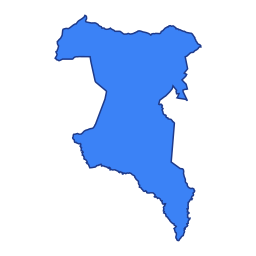 Chapadão do Sul, Mato Grosso do Sul, Brazil
{"feature_id": "56859067B12319003273376", "entity_name": "Chapadão do Sul", "entity_type": "district", "adm_level": 2, "iso_a3": "BRA", "parent_name": "Brazil", "parent_adm1": "Mato Grosso do Sul", "projection": "orthographic", "projection_center": [-52.689, -19.082], "detail": "fine", "context": "isolated", "style": "filled", "palette": "blue", "viewbox_px": 256, "rotation_deg": 0, "n_neighbors": 0, "source": "geoboundaries", "source_scale": "gbopen_adm2", "svg_char_len": 5798}
<svg xmlns="http://www.w3.org/2000/svg" viewBox="0 0 256 256"><path d="M177.5,240.4L178.7,240.6L179.2,240.1L179.5,239.4L180.2,238.5L180.9,237.8L181.3,236.9L182.2,236.1L183.3,235.5L183.7,233.5L184.3,232.4L184.5,231.5L184.1,230.5L184.5,229.6L184.2,228.8L184.7,228.1L185.2,228.6L185.4,227.4L186.6,226.7L187.3,226.1L187.7,225.3L187.2,224.7L186.9,223.8L188.2,223.3L188.1,222.0L188.2,221.1L188.8,220.3L189.1,219.5L189.9,218.9L190.0,218.2L188.9,218.4L188.2,217.8L187.6,217.4L187.8,216.7L187.5,216.0L187.7,215.2L187.5,214.2L188.4,213.7L189.1,213.0L188.4,212.2L187.3,211.9L187.7,210.8L187.1,208.8L188.2,208.8L188.2,206.1L188.0,205.3L188.2,204.1L188.2,202.4L188.9,202.0L190.2,199.8L190.8,199.6L191.8,199.7L192.3,198.8L191.2,198.2L191.7,197.5L191.8,196.6L192.4,195.9L193.3,195.6L193.5,194.7L193.0,193.1L194.3,191.9L194.7,190.9L194.1,190.3L194.0,189.2L193.3,188.7L192.7,188.3L190.7,188.5L189.3,187.9L188.3,187.1L187.4,185.8L187.1,183.7L185.7,182.5L185.4,181.8L185.3,181.0L185.4,180.0L185.2,179.0L184.2,176.5L183.5,173.5L183.7,171.6L183.6,170.7L183.4,169.9L183.0,169.2L182.3,168.8L180.1,168.5L171.2,162.0L174.4,123.1L173.9,122.4L173.2,121.8L172.6,121.6L172.4,120.9L171.0,119.4L168.1,118.8L168.0,118.0L166.3,117.4L166.0,116.6L166.1,115.7L165.6,115.0L164.6,115.0L163.3,113.8L162.7,111.2L162.3,110.5L162.1,109.8L162.6,109.3L163.0,108.6L161.7,107.2L162.4,105.9L161.9,104.9L161.3,104.9L161.1,104.2L160.3,104.2L159.4,104.6L158.7,104.2L159.8,100.2L164.7,96.5L165.6,96.0L169.6,92.0L172.1,88.9L172.4,88.2L173.0,85.9L176.6,90.3L176.1,91.2L176.6,93.8L178.2,93.7L179.0,93.6L177.5,97.2L177.0,97.8L178.4,98.2L185.0,99.2L186.0,99.6L187.4,100.7L183.1,91.8L183.0,90.1L185.0,89.3L186.4,89.3L187.4,89.0L186.1,84.2L183.4,81.5L182.0,79.9L185.7,76.3L186.7,74.4L184.2,73.1L187.6,68.8L185.2,56.8L186.9,56.1L190.4,52.9L191.3,52.5L193.0,52.4L193.8,51.9L194.5,51.0L195.4,50.4L196.5,49.9L198.2,48.5L198.6,47.6L199.8,46.8L200.8,47.0L200.8,45.8L199.9,44.8L198.1,44.0L197.6,43.5L196.6,41.7L195.9,40.9L195.5,39.5L194.7,38.4L194.8,37.5L194.2,36.9L192.3,34.0L191.1,33.2L190.4,33.2L186.3,32.4L184.4,31.3L183.5,31.3L181.7,30.6L179.7,29.6L178.7,29.7L178.0,28.9L175.9,28.7L175.9,27.8L174.2,26.7L173.5,26.0L172.3,26.0L171.5,26.3L170.5,25.7L169.1,25.8L168.2,26.9L167.3,26.8L166.8,27.4L166.0,27.7L165.2,28.1L162.9,30.6L161.2,31.5L160.9,32.6L160.4,33.2L159.7,33.6L155.7,33.4L154.7,33.7L153.1,33.6L151.7,34.0L151.1,34.9L150.5,35.0L150.0,34.3L148.2,33.3L146.2,32.6L143.0,31.9L140.7,31.1L139.6,30.9L138.0,31.0L137.5,31.6L136.2,32.0L135.4,32.7L134.5,32.8L133.8,33.3L132.1,33.8L130.1,34.1L128.2,33.4L126.8,34.0L124.5,34.1L123.5,33.9L120.4,31.5L119.5,31.3L115.4,31.3L114.7,31.1L114.1,30.4L111.3,29.0L110.4,28.1L109.7,28.6L108.1,29.2L106.3,29.3L105.2,29.1L104.2,28.1L102.7,28.0L102.0,28.2L101.3,26.7L99.9,26.2L98.6,25.4L98.1,24.5L96.2,23.3L95.0,22.9L91.4,23.0L86.9,22.1L86.0,21.8L85.6,21.2L85.7,20.4L86.6,18.8L86.5,16.8L85.8,15.7L84.9,15.4L84.4,16.5L84.0,17.1L82.0,18.7L78.8,20.7L77.9,21.5L76.1,23.9L75.2,24.0L73.5,24.9L69.4,28.1L68.6,28.5L67.8,28.6L66.7,28.4L65.6,28.5L63.2,29.2L62.7,30.2L62.2,34.9L61.8,36.0L60.6,38.2L58.8,39.9L58.4,40.6L57.3,41.5L57.4,43.6L57.8,44.8L58.5,45.6L58.5,46.5L57.8,49.1L57.3,49.9L57.2,50.6L56.8,51.3L56.0,51.6L56.1,52.3L57.1,54.3L56.9,55.1L56.6,55.7L56.4,56.5L55.8,57.0L55.4,57.7L55.2,58.4L56.1,58.9L56.6,59.7L57.5,59.9L59.0,60.7L59.7,60.5L62.6,59.1L72.3,59.1L73.1,58.7L73.7,57.9L74.6,57.2L75.8,56.8L76.5,56.7L77.3,56.8L79.0,56.6L90.1,56.7L90.9,61.7L95.1,80.9L95.5,81.8L96.0,82.4L106.1,90.8L106.5,91.6L106.2,93.3L105.0,99.1L95.5,124.3L95.0,124.9L94.7,125.8L93.8,127.2L93.1,127.9L92.6,128.3L90.2,128.7L89.0,129.1L88.0,129.6L85.9,130.2L85.1,130.6L83.9,131.4L82.6,132.9L81.3,134.0L80.1,134.2L79.0,134.2L77.5,133.5L75.1,134.2L73.7,134.3L73.3,135.0L73.1,136.9L72.7,137.6L72.8,138.4L73.4,139.2L74.1,139.6L74.6,142.1L75.3,142.5L76.1,142.3L76.9,143.1L77.7,143.3L78.4,143.7L79.3,143.9L80.1,143.5L80.8,144.1L80.7,145.3L80.1,146.1L80.8,146.7L80.9,147.6L81.5,147.8L81.3,148.4L81.1,150.7L82.0,150.9L82.7,151.4L83.0,152.3L82.0,152.6L82.4,153.5L82.5,154.3L82.3,155.1L83.2,155.3L83.6,156.3L84.1,157.2L83.9,158.3L84.3,159.3L85.1,159.3L85.7,159.7L86.9,161.2L87.3,162.2L86.4,162.6L87.1,163.6L88.1,164.1L88.6,164.8L89.8,167.8L92.1,167.6L95.3,167.0L96.1,166.4L96.6,165.7L97.2,165.5L97.9,165.6L98.7,165.0L99.5,165.0L100.0,164.5L101.1,164.3L101.5,165.9L102.0,165.5L102.8,166.0L103.9,166.0L104.7,166.5L106.6,166.9L107.6,167.7L108.6,168.2L108.4,167.5L109.5,167.4L110.3,168.2L110.0,168.9L110.2,169.9L110.8,169.6L111.5,169.5L112.2,169.9L112.9,170.0L113.8,169.8L114.8,169.8L118.2,171.3L118.7,172.1L119.7,172.6L120.1,171.7L122.5,172.7L122.2,173.7L122.7,174.1L123.5,173.7L124.0,173.1L124.9,173.2L125.8,173.7L127.1,173.0L128.8,173.2L129.7,172.8L130.4,173.3L131.2,173.5L132.3,174.7L133.2,175.1L134.3,175.8L134.8,176.5L134.9,177.5L135.7,178.4L136.1,179.3L138.4,181.3L138.5,183.6L139.0,184.7L139.7,185.2L139.5,186.1L139.4,187.2L140.9,187.7L141.4,188.6L141.8,189.1L142.5,189.6L143.3,190.9L144.0,191.3L145.0,191.3L145.7,190.8L146.8,191.9L146.7,192.6L147.7,193.0L149.2,193.0L150.5,192.8L152.6,192.8L153.4,193.1L155.1,194.8L155.0,195.6L154.3,196.7L155.1,197.2L156.1,196.7L157.0,197.6L157.5,198.4L158.4,198.0L159.5,198.4L160.4,199.3L160.6,200.3L161.2,200.8L162.0,200.8L161.8,201.6L162.2,202.3L162.4,203.5L162.8,204.0L163.7,204.1L164.5,203.7L165.5,203.7L165.3,204.4L164.6,204.8L164.8,205.8L164.1,206.2L163.4,207.4L163.9,209.0L163.5,209.9L163.4,211.0L164.3,211.5L163.7,212.9L165.5,213.8L165.9,214.9L165.9,215.7L166.3,216.6L167.1,216.8L167.9,217.5L168.1,218.3L168.8,219.1L169.6,219.7L169.6,220.4L171.4,222.4L172.9,223.6L173.9,223.7L174.1,225.0L176.2,226.4L175.7,227.1L174.0,228.6L174.5,229.2L174.7,230.3L175.4,232.4L176.1,232.7L176.4,233.8L176.4,235.0L175.9,236.7L175.9,237.9L176.7,238.9L176.9,239.8L177.5,240.4Z" fill="#3b82f6" stroke="#1e3a8a" stroke-width="1.5"/></svg>